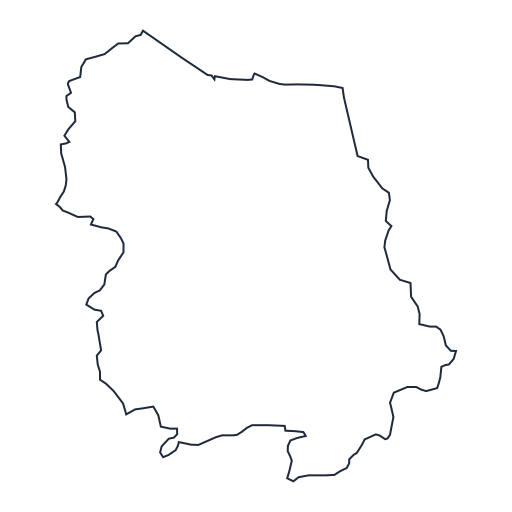 outline of Kofinou, Larnaca, Cyprus
{"feature_id": "46923920B74621954972272", "entity_name": "Kofinou", "entity_type": "district", "adm_level": 2, "iso_a3": "CYP", "parent_name": "Cyprus", "parent_adm1": "Larnaca", "projection": "orthographic", "projection_center": [33.399, 34.838], "detail": "fine", "context": "isolated", "style": "outline", "palette": "slate", "viewbox_px": 512, "rotation_deg": 0, "n_neighbors": 0, "source": "geoboundaries", "source_scale": "gbopen_adm2", "svg_char_len": 2481}
<svg xmlns="http://www.w3.org/2000/svg" viewBox="0 0 512 512"><path d="M56.0,204.0L59.3,206.5L62.9,210.6L67.2,212.2L77.9,217.0L90.2,216.5L93.4,219.1L90.9,224.5L101.2,227.3L108.2,228.4L116.0,231.4L116.7,232.1L121.0,238.3L123.5,243.5L123.5,252.2L118.0,260.7L115.3,266.9L109.6,270.8L105.9,274.4L104.3,284.5L99.8,290.4L94.5,292.9L88.6,298.4L86.3,304.6L94.3,309.6L101.1,310.8L103.2,315.8L96.8,322.0L97.5,330.2L98.4,334.1L98.9,337.3L101.1,350.4L96.8,355.6L97.7,364.3L100.0,371.7L100.0,379.7L105.9,383.6L113.7,391.1L123.0,403.4L125.6,412.1L126.2,414.4L135.1,409.4L142.3,408.4L153.3,406.6L158.3,415.2L160.8,426.6L170.4,428.7L177.0,428.6L177.2,434.1L174.0,437.6L168.8,438.7L161.7,446.3L160.1,452.4L163.1,457.2L168.5,455.0L175.6,450.2L177.9,445.8L178.8,442.1L191.3,444.7L198.6,444.9L203.6,442.6L216.2,437.1L222.3,435.3L233.5,435.3L237.1,434.8L241.7,431.9L247.1,427.7L252.2,425.2L259.0,425.2L268.1,425.2L284.7,425.9L285.4,430.7L295.2,431.2L303.4,432.1L305.7,436.0L297.0,438.0L290.4,440.5L287.9,445.8L287.7,451.1L290.2,456.3L291.8,460.7L289.5,470.5L287.2,478.3L293.4,481.3L298.6,477.2L308.9,475.3L321.6,475.3L326.6,475.3L334.4,474.9L337.5,472.9L340.1,471.2L346.7,468.0L349.2,463.2L349.2,459.3L353.8,454.7L356.7,453.1L362.0,444.7L364.7,439.4L375.8,434.4L379.7,435.5L385.2,439.2L387.5,438.5L390.0,434.8L391.3,427.9L393.4,417.0L391.3,407.8L390.0,402.8L393.8,392.7L407.3,387.0L416.2,387.0L420.9,389.5L426.2,391.1L437.1,388.1L438.7,383.5L440.3,377.4L441.4,366.8L445.5,365.0L448.9,364.5L453.1,359.6L453.7,358.8L456.0,351.0L450.9,350.8L445.9,345.5L443.7,336.4L440.6,329.8L436.2,326.6L429.9,326.6L419.3,324.1L419.6,314.1L417.7,306.5L411.1,296.8L410.5,283.0L399.9,279.8L390.5,269.5L385.6,251.4L384.4,247.4L385.2,240.6L386.6,236.5L388.6,230.5L391.4,226.1L385.8,221.0L386.7,211.0L389.9,200.1L388.9,192.8L382.3,188.4L377.0,181.5L373.3,176.8L368.3,167.7L368.0,159.8L357.6,156.1L343.9,97.3L342.6,88.0L334.4,86.3L319.6,85.1L312.6,84.7L297.8,84.4L285.1,84.6L279.7,84.0L269.7,81.0L262.6,77.1L254.6,73.5L253.9,74.5L252.2,79.5L247.7,79.9L230.2,79.1L214.9,76.2L214.4,79.4L211.6,75.5L207.6,75.0L181.0,57.2L143.0,30.7L140.7,34.9L135.5,36.3L127.9,43.3L118.2,43.5L112.4,47.9L104.6,54.1L94.5,57.0L85.9,59.3L81.3,67.1L80.2,77.0L69.1,81.1L68.0,83.4L68.0,84.6L71.0,92.8L66.4,96.1L66.5,99.9L68.3,107.0L74.8,112.3L75.3,121.2L68.5,129.1L64.4,135.7L69.3,141.9L66.1,143.4L60.8,144.4L61.2,153.5L65.0,166.8L66.5,179.2L65.7,185.7L63.8,191.6L60.6,196.4L57.3,202.5L56.0,204.0Z" fill="none" stroke="#1e293b" stroke-width="2"/></svg>